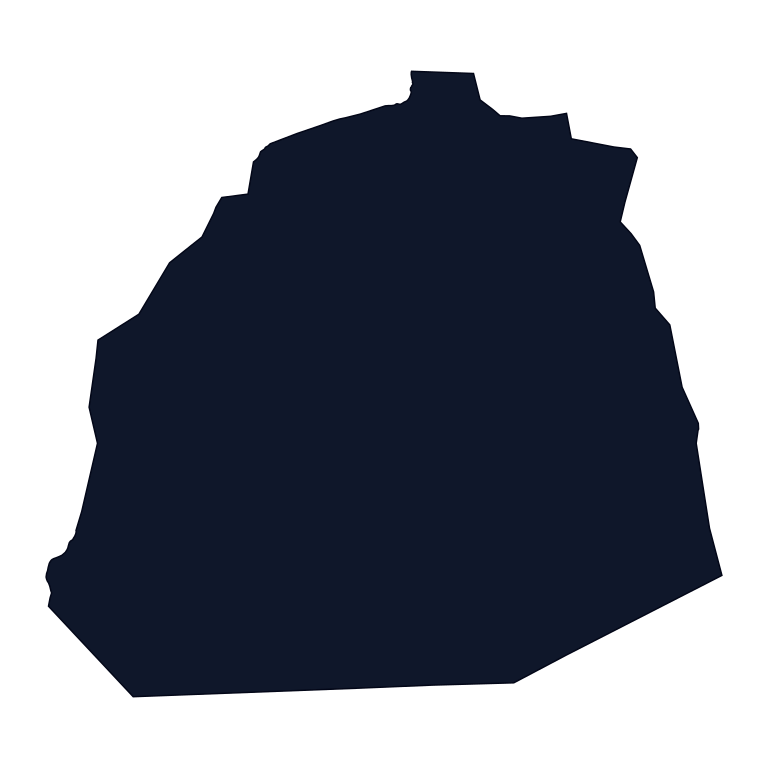 Bayanlig, Bayanhongor, Mongolia (Albers equal-area conic projection)
{"feature_id": "93677404B79696496210167", "entity_name": "Bayanlig", "entity_type": "district", "adm_level": 2, "iso_a3": "MNG", "parent_name": "Mongolia", "parent_adm1": "Bayanhongor", "projection": "albers", "projection_center": [100.732, 44.386], "detail": "fine", "context": "isolated", "style": "filled", "palette": "ink", "viewbox_px": 768, "rotation_deg": 0, "n_neighbors": 0, "source": "geoboundaries", "source_scale": "gbopen_adm2", "svg_char_len": 1642}
<svg xmlns="http://www.w3.org/2000/svg" viewBox="0 0 768 768"><path d="M48.5,606.2L133.2,696.7L357.4,688.2L432.1,685.1L513.8,682.8L566.2,655.1L721.9,575.4L709.5,528.3L696.2,443.3L698.0,430.4L698.6,429.1L698.3,423.3L682.1,387.2L669.8,324.9L655.2,308.1L653.6,291.9L639.7,245.4L631.1,233.7L620.2,221.9L624.9,202.2L637.3,157.6L630.6,149.0L613.9,147.0L571.3,138.8L566.5,113.4L550.6,116.3L521.9,118.2L509.7,115.9L500.1,115.8L492.6,109.4L480.1,99.9L473.5,73.5L442.6,72.4L411.6,71.3L411.3,72.1L411.2,74.5L411.7,78.0L412.3,80.2L412.6,81.9L412.4,82.5L412.8,83.4L413.1,84.1L412.1,85.4L411.6,86.2L411.4,87.2L410.8,87.5L410.5,88.5L410.4,90.0L411.3,91.8L411.1,93.2L410.4,95.4L409.2,98.1L407.8,100.0L406.6,101.1L404.2,102.1L401.6,103.8L400.1,104.4L397.4,103.8L396.3,103.9L394.4,105.2L391.6,105.6L388.6,105.6L385.1,105.9L360.2,114.1L345.5,117.8L339.7,119.0L333.0,121.0L319.4,125.9L297.1,133.5L272.0,143.1L270.2,143.8L268.0,146.0L265.8,147.1L265.2,147.7L264.6,149.0L261.6,151.0L260.6,151.8L260.1,153.2L259.6,154.7L259.1,156.0L259.0,156.3L258.3,157.5L256.6,159.4L253.5,161.9L248.0,194.1L221.8,197.5L216.0,207.2L213.7,213.4L202.0,237.0L191.5,245.3L169.6,262.8L138.9,314.2L98.0,340.1L96.1,358.2L89.1,407.2L97.5,443.3L81.7,511.6L76.0,530.5L76.2,531.7L75.8,533.7L74.7,536.3L73.4,538.3L72.6,539.9L71.5,540.4L70.3,541.3L69.3,542.7L68.4,545.7L67.8,548.1L67.0,549.8L65.3,552.4L61.9,555.3L59.1,556.6L56.1,557.8L53.8,558.6L52.1,559.5L51.3,560.2L50.3,561.5L49.3,563.3L48.2,567.4L47.6,570.6L46.6,573.5L46.1,577.0L46.5,578.9L47.3,581.0L48.6,583.0L49.8,586.2L50.9,590.8L51.6,592.9L51.0,594.9L50.1,597.9L48.5,606.2Z" fill="#0f172a" stroke="#020617" stroke-width="1.5"/></svg>